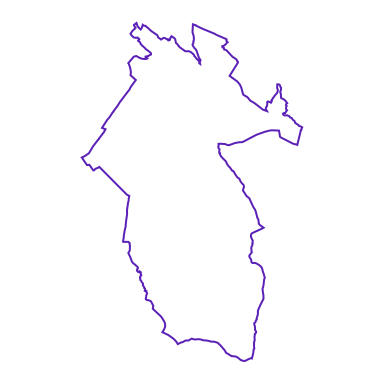 outline of Cosula, Botosani, Romania
{"feature_id": "2599482B64226184925060", "entity_name": "Cosula", "entity_type": "district", "adm_level": 2, "iso_a3": "ROU", "parent_name": "Romania", "parent_adm1": "Botosani", "projection": "equal_earth", "projection_center": [26.776, 47.6], "detail": "fine", "context": "isolated", "style": "outline", "palette": "violet", "viewbox_px": 384, "rotation_deg": 0, "n_neighbors": 0, "source": "geoboundaries", "source_scale": "gbopen_adm2", "svg_char_len": 5934}
<svg xmlns="http://www.w3.org/2000/svg" viewBox="0 0 384 384"><path d="M263.6,227.7L259.9,225.0L258.8,223.7L258.4,219.5L257.5,218.2L255.7,211.4L255.1,209.8L253.2,206.8L249.3,198.3L246.6,196.1L243.0,190.6L243.3,188.8L244.0,187.0L243.6,185.0L241.4,182.7L240.2,180.8L239.7,179.3L239.1,178.5L237.2,177.3L236.7,176.4L234.8,173.7L233.8,171.5L233.3,171.3L233.0,170.9L232.4,170.8L231.7,170.2L231.3,169.3L229.5,167.0L229.0,166.7L226.9,163.8L226.0,161.5L222.3,157.8L220.9,156.1L219.6,153.7L220.0,153.4L219.8,152.8L219.3,152.6L219.2,151.2L219.5,150.1L219.5,149.3L218.3,147.7L218.5,145.5L218.8,144.8L218.5,144.0L219.2,143.7L224.7,144.0L227.9,145.1L229.0,145.2L234.7,143.1L239.4,142.2L242.0,142.2L242.9,141.9L256.6,134.7L265.1,131.7L270.0,130.5L272.0,130.3L279.0,130.6L280.0,136.6L280.4,137.2L292.9,143.6L294.6,144.2L295.9,144.3L297.3,144.9L300.8,130.5L301.1,130.2L300.9,130.1L302.2,127.3L301.4,126.7L298.9,125.9L298.4,124.9L296.9,124.2L296.4,123.6L295.4,123.2L294.6,121.2L292.5,119.4L291.8,118.1L290.0,117.4L289.6,116.5L289.3,116.3L287.2,115.3L284.8,115.5L283.7,115.0L283.0,114.2L283.0,113.7L283.5,113.2L284.4,113.0L285.2,113.1L286.1,111.4L287.1,110.3L286.4,109.6L286.0,108.6L286.3,106.6L286.7,105.8L285.9,105.0L286.3,103.8L286.6,103.3L287.1,103.1L286.1,101.6L284.4,99.7L281.1,98.0L280.8,93.5L280.3,92.5L280.2,92.1L280.7,90.5L280.9,90.2L281.1,87.8L280.6,87.3L280.0,85.5L279.6,84.9L278.9,84.4L277.3,84.3L277.1,88.0L277.8,89.6L277.6,91.7L276.8,93.3L275.0,95.3L273.8,97.1L273.0,97.9L272.1,99.6L271.5,100.3L271.4,100.6L271.8,101.0L271.0,102.7L268.1,101.4L267.2,102.0L267.3,104.0L266.9,106.2L266.1,107.4L265.8,108.3L265.8,108.9L267.0,111.1L263.0,109.7L254.5,103.1L250.2,100.6L248.1,97.9L246.9,96.8L243.5,94.9L243.0,94.0L241.4,88.0L239.9,84.6L237.2,81.4L229.6,75.9L238.0,62.5L237.8,61.6L237.3,61.4L236.7,59.8L235.9,59.0L232.4,56.7L226.6,50.4L225.7,49.9L224.2,49.5L224.0,48.1L223.6,47.7L222.5,47.5L222.2,46.5L222.3,46.1L223.9,45.7L225.8,44.2L226.8,42.7L227.6,42.3L226.5,41.0L226.4,40.5L226.7,40.1L226.5,39.2L216.3,34.8L215.0,33.9L202.8,28.9L195.7,25.5L195.8,25.3L192.9,24.3L192.5,32.3L193.7,36.2L193.9,39.5L193.7,41.0L193.3,41.3L193.4,43.3L192.7,44.1L192.5,44.7L192.8,45.5L194.1,47.7L195.5,49.1L196.5,50.6L199.0,58.0L200.5,59.9L200.5,60.4L199.9,61.6L199.9,62.6L200.1,63.9L199.3,63.3L199.6,62.8L199.5,62.5L198.1,60.0L196.6,58.9L194.9,56.5L194.1,55.8L194.0,55.0L193.7,54.5L191.0,52.2L188.9,51.2L185.8,51.3L185.1,51.1L179.5,47.1L178.9,46.1L178.2,45.5L177.4,44.1L176.0,43.0L175.1,39.0L174.0,37.9L171.5,36.2L171.2,36.5L170.7,37.7L170.2,38.1L170.2,38.6L169.9,39.2L170.0,39.6L169.9,39.9L169.5,40.1L169.1,39.9L168.7,40.4L168.2,40.4L168.0,40.2L167.7,39.1L167.0,39.2L164.2,37.8L163.1,38.1L161.5,39.4L160.8,39.5L159.7,38.4L158.2,37.5L157.4,35.3L151.5,31.2L149.1,29.1L147.9,27.8L146.6,27.0L145.5,25.8L143.9,25.7L142.8,24.8L141.6,28.2L140.7,29.5L139.3,28.3L137.5,26.1L136.5,23.0L134.4,24.6L133.9,25.1L133.9,25.5L135.6,27.7L135.6,27.9L132.2,31.2L131.1,33.0L130.5,33.6L130.6,34.0L131.8,35.7L133.6,37.4L136.1,37.9L137.4,37.5L139.0,38.8L139.3,39.1L139.2,39.5L138.2,40.3L138.1,40.9L139.9,42.1L140.3,42.8L140.6,43.8L142.2,45.7L143.7,46.9L146.3,49.5L148.4,50.9L150.8,53.0L151.0,53.4L151.0,54.5L149.1,55.4L148.4,56.0L145.5,56.6L145.5,57.0L147.4,58.4L147.2,58.6L145.5,59.0L142.1,58.8L139.3,57.7L136.2,56.0L134.3,56.5L133.6,56.9L128.3,63.1L128.6,63.4L130.0,67.2L130.6,70.0L130.9,72.7L130.5,75.2L135.8,80.0L130.4,87.5L129.7,89.2L119.8,102.2L117.8,105.5L113.2,111.7L113.3,111.8L112.7,112.4L109.4,117.4L107.2,119.9L102.0,127.9L105.5,129.2L104.2,131.5L104.1,131.9L99.5,137.9L98.8,139.1L98.7,139.0L98.2,139.6L93.0,146.4L88.9,153.3L84.4,156.3L81.8,157.5L87.0,165.1L89.4,164.8L93.3,170.4L94.1,170.3L95.3,168.9L98.3,167.6L99.3,166.9L126.9,194.7L129.3,195.9L128.8,198.2L128.5,201.5L128.1,202.3L127.0,210.3L127.1,214.0L126.1,221.1L125.5,227.3L124.7,230.4L123.9,235.2L123.6,238.5L123.1,240.7L123.2,241.9L128.4,241.9L129.7,243.1L129.5,243.6L129.6,244.6L130.1,245.8L129.9,246.6L129.8,250.0L129.5,251.1L128.4,252.7L128.6,253.7L130.2,256.9L131.4,260.1L131.5,260.8L132.9,263.0L135.1,264.7L137.6,267.0L138.0,268.1L137.4,268.7L137.4,269.5L136.9,270.1L137.0,270.7L138.0,271.9L139.0,272.1L139.5,271.3L140.7,272.1L140.9,272.9L140.6,273.3L140.5,273.7L141.3,275.2L140.0,276.9L140.0,277.3L140.3,277.7L140.0,278.8L140.4,279.4L140.5,280.3L141.2,280.8L141.5,281.8L143.0,283.6L142.9,285.5L144.0,286.8L144.1,287.9L145.0,288.5L145.1,289.3L144.7,290.8L145.3,291.1L146.1,290.8L146.4,290.9L146.5,292.3L147.1,293.2L146.2,295.7L146.2,296.7L145.7,298.7L145.9,299.3L146.6,299.9L149.2,300.4L150.9,301.3L153.3,305.7L152.8,308.8L160.4,315.9L161.8,317.5L164.4,321.8L165.1,323.9L165.1,326.8L164.0,329.6L162.4,332.2L168.3,335.0L173.7,338.9L176.4,341.8L177.8,344.1L180.5,342.7L182.9,342.0L185.6,340.5L186.3,340.4L187.9,340.6L188.8,340.3L191.8,338.6L194.0,339.4L195.6,339.5L196.4,339.3L198.9,339.2L201.5,339.6L202.8,340.2L207.4,340.6L211.5,341.7L214.3,341.7L218.0,342.9L218.9,344.0L220.3,345.2L224.1,349.6L225.5,351.5L225.8,352.6L231.6,356.1L235.8,356.5L237.7,357.5L241.0,360.2L244.1,361.0L246.3,360.5L247.1,359.8L250.3,358.4L251.1,358.2L251.9,358.5L253.2,353.4L253.7,349.3L254.1,349.0L254.3,348.2L254.0,346.2L254.1,343.2L253.9,342.7L254.7,340.4L254.5,336.4L254.9,334.9L254.7,334.3L255.0,333.6L255.9,332.9L256.1,332.4L256.0,331.3L255.1,330.0L254.9,326.4L254.3,324.5L254.2,323.6L254.3,323.1L255.4,322.3L255.9,320.4L256.8,319.5L256.6,318.7L257.1,316.8L257.9,314.3L257.9,310.6L260.3,305.1L263.5,298.8L263.4,295.1L263.0,292.9L262.5,289.0L263.1,287.1L263.5,285.3L264.1,279.7L264.8,277.6L263.2,272.4L262.6,270.8L262.4,269.3L261.3,266.9L259.1,265.0L256.5,263.5L255.1,262.9L253.0,263.0L252.1,262.8L251.3,261.7L251.4,260.7L251.0,259.4L249.8,257.7L249.3,256.4L249.4,255.4L251.8,252.3L251.4,250.3L251.3,247.6L251.4,247.0L252.4,245.2L252.3,243.8L252.6,243.8L252.7,243.6L252.5,242.4L252.8,241.0L251.1,237.2L250.9,236.1L250.9,235.3L251.5,233.7L252.0,233.2L262.0,228.6L263.6,227.7Z" fill="none" stroke="#5b21b6" stroke-width="2"/></svg>